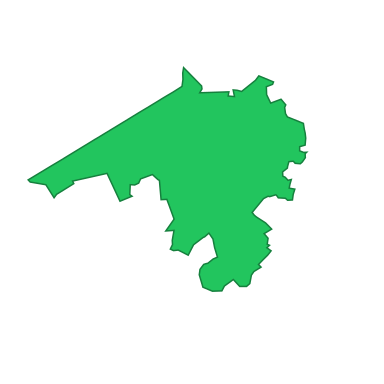 outline of Middlesex, Massachusetts, United States of America, rotated 327°
{"feature_id": "52423323B1907827935694", "entity_name": "Middlesex", "entity_type": "district", "adm_level": 2, "iso_a3": "USA", "parent_name": "United States of America", "parent_adm1": "Massachusetts", "projection": "natural_earth1", "projection_center": [-71.366, 42.447], "detail": "fine", "context": "isolated", "style": "filled", "palette": "green", "viewbox_px": 384, "rotation_deg": 327, "n_neighbors": 0, "source": "geoboundaries", "source_scale": "gbopen_adm2", "svg_char_len": 1951}
<svg xmlns="http://www.w3.org/2000/svg" viewBox="0 0 384 384"><g transform="rotate(327 192 192)"><path d="M279.8,245.6L275.6,241.7L278.4,238.8L282.1,235.6L278.9,234.5L278.2,230.4L276.8,228.2L278.9,224.5L285.0,223.9L286.1,222.6L289.8,219.3L293.6,221.3L294.0,222.9L294.1,224.1L298.2,227.3L300.9,226.9L305.8,224.9L306.3,223.9L307.8,221.5L309.8,221.1L307.2,219.6L304.7,216.1L307.0,212.6L312.4,214.3L316.7,208.8L319.0,204.2L320.4,200.4L322.8,195.1L321.1,192.7L312.9,181.0L313.1,177.2L315.8,171.5L318.1,170.0L317.2,162.7L306.4,160.3L307.6,151.0L311.7,144.2L318.2,145.6L320.3,144.1L311.3,131.0L306.1,132.9L288.4,134.7L285.3,131.3L282.1,128.8L279.6,135.1L274.6,131.2L277.5,128.1L252.5,113.0L256.5,111.0L257.8,108.3L252.7,83.1L249.0,87.2L245.7,92.7L241.1,98.0L230.4,97.9L224.0,97.6L218.7,97.4L213.5,97.3L200.0,96.9L195.0,96.7L192.5,96.6L189.6,96.5L181.2,96.3L167.2,95.9L141.0,95.1L140.7,95.1L139.4,95.0L134.7,94.9L106.7,94.1L98.8,93.9L89.0,93.5L61.2,92.6L61.7,95.5L73.4,106.3L73.2,121.7L77.2,120.2L97.4,120.6L97.8,117.8L130.9,130.1L126.6,160.5L139.4,162.9L138.4,160.3L144.2,152.2L147.8,154.9L152.1,155.5L156.0,153.0L168.3,155.8L170.2,163.1L171.0,164.5L161.9,181.6L166.9,184.5L165.3,191.7L162.2,205.0L148.8,210.4L156.0,214.4L149.1,221.8L147.0,225.5L142.7,228.1L144.6,231.1L148.8,233.2L154.4,242.9L164.6,237.1L176.5,236.2L178.2,236.5L183.8,235.7L184.0,242.8L180.7,250.9L177.9,260.5L173.2,259.7L166.5,260.4L164.9,259.8L162.4,259.1L156.6,261.2L153.0,265.4L150.2,274.9L149.3,277.8L155.1,286.3L163.2,291.2L168.0,288.5L179.0,287.9L180.6,297.2L186.3,300.9L190.6,300.3L196.5,294.1L200.6,292.4L209.0,292.6L208.3,289.0L214.2,287.6L221.0,286.2L226.3,284.4L224.4,279.5L228.0,278.9L226.6,276.8L230.6,272.2L229.8,266.2L238.6,266.5L236.9,258.1L232.4,248.0L231.6,245.4L231.3,241.9L248.4,236.5L253.5,237.0L254.6,238.2L260.8,240.0L261.1,241.3L261.2,243.9L266.9,248.1L267.7,251.0L271.9,253.4L275.6,249.1L279.8,245.6Z" fill="#22c55e" stroke="#15803d" stroke-width="1.5"/></g></svg>